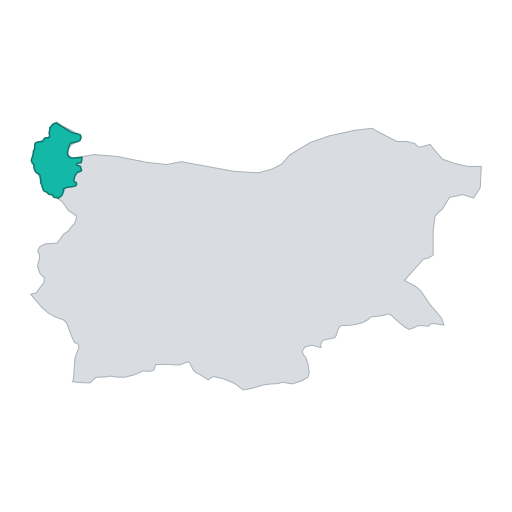 Vidin on a map of Bulgaria (Robinson projection)
{"feature_id": "BGR-2253", "entity_name": "Vidin", "entity_type": "Province", "adm_level": 1, "iso_a3": "BGR", "parent_name": "Bulgaria", "parent_adm1": "", "projection": "robinson", "projection_center": [22.659, 43.807], "detail": "fine", "context": "in_parent", "style": "filled", "palette": "teal", "viewbox_px": 512, "rotation_deg": 0, "n_neighbors": 0, "source": "natural_earth", "source_scale": "10m", "svg_char_len": 3638}
<svg xmlns="http://www.w3.org/2000/svg" viewBox="0 0 512 512"><path d="M443.9,325.0L434.0,323.5L430.6,324.0L428.5,326.2L423.9,325.7L418.2,325.7L412.3,328.3L409.1,329.4L404.7,327.0L396.3,320.0L391.3,315.2L387.6,313.9L383.9,315.4L370.7,317.0L367.6,319.9L361.6,323.0L355.4,324.5L346.6,325.6L342.0,325.4L339.4,326.9L337.3,331.5L335.9,336.0L334.6,337.8L323.6,340.0L321.3,342.6L320.6,345.1L320.9,347.6L312.1,345.2L305.3,346.8L303.7,348.8L302.3,351.5L303.2,354.5L305.7,357.3L308.2,365.1L309.2,372.8L307.8,377.2L302.8,380.4L292.4,383.9L282.3,382.2L277.8,383.6L270.3,384.0L263.4,384.9L252.9,388.1L243.3,390.0L234.6,383.5L224.3,379.1L213.6,376.5L209.9,378.4L208.3,379.9L199.3,374.2L195.2,372.1L193.2,369.9L189.4,362.3L187.2,362.1L179.9,364.9L172.8,364.8L168.4,364.3L155.7,364.6L154.0,369.8L152.5,370.6L149.7,371.3L142.9,371.0L134.3,374.8L125.0,377.2L117.7,377.2L110.2,376.1L105.8,376.9L96.1,377.3L90.0,382.9L80.4,382.6L72.4,381.7L73.4,379.9L75.0,357.6L78.9,347.6L78.8,345.6L77.9,344.0L74.4,342.4L71.9,337.0L66.6,322.9L63.6,320.0L55.3,317.0L48.1,312.9L41.9,307.5L30.7,294.2L36.4,292.9L38.1,290.1L43.8,282.8L44.4,279.2L43.8,277.2L40.1,273.7L37.5,266.0L39.4,258.8L39.6,255.1L37.7,251.4L39.7,246.9L43.8,244.4L46.3,243.7L57.0,243.2L63.8,234.1L68.0,231.2L72.2,226.0L74.1,224.1L76.0,220.1L76.6,216.0L68.1,210.2L65.3,205.9L61.5,201.1L56.4,197.8L46.1,192.1L42.1,186.4L40.3,178.9L37.6,173.2L34.6,169.6L34.0,166.6L32.8,162.9L32.5,155.7L34.9,146.0L36.5,142.6L39.9,141.7L49.2,136.6L49.6,130.0L51.3,125.9L54.2,123.6L56.9,122.0L62.0,125.8L74.3,131.9L80.2,136.3L80.0,139.1L77.1,141.8L71.8,144.5L68.7,148.0L67.9,152.3L68.7,155.4L72.4,158.1L94.4,154.6L116.8,156.4L146.8,162.4L166.7,164.5L181.4,161.7L208.7,166.7L234.1,171.4L258.5,172.8L272.1,169.1L281.6,164.2L289.7,154.9L309.9,142.7L329.5,135.8L355.2,130.2L372.4,128.3L374.9,130.2L397.0,141.5L406.8,141.5L414.8,143.5L417.7,146.5L419.7,147.2L430.2,144.4L435.0,150.6L442.5,159.2L455.0,163.6L466.1,166.1L469.6,166.5L481.3,166.4L480.2,187.9L473.5,198.0L462.8,194.6L449.5,197.4L442.6,208.8L438.7,212.2L435.1,216.1L433.1,230.9L433.1,255.2L428.1,258.1L423.4,259.1L404.4,280.4L415.7,286.4L420.8,291.0L429.4,303.7L441.5,318.0L443.9,325.0Z" fill="#d9dde1" stroke="#a8b0b8" stroke-width="1"/><path d="M47.6,137.8L48.9,137.6L49.7,136.2L49.7,135.4L49.2,133.5L49.2,132.7L49.3,131.6L50.1,129.0L49.8,128.7L49.7,128.2L49.8,127.7L50.0,127.6L51.2,126.4L52.3,124.8L52.9,124.2L56.0,122.9L71.4,132.3L74.1,133.3L77.3,133.7L78.8,134.3L80.4,135.0L81.1,137.7L79.9,140.5L77.3,141.7L75.8,141.9L72.9,142.8L71.4,143.0L70.0,143.8L69.2,145.8L67.4,152.5L67.5,154.6L68.4,156.2L70.2,157.7L72.4,158.1L82.0,157.4L81.7,160.6L81.1,162.7L79.3,163.1L77.6,163.0L76.4,164.3L77.5,165.5L79.0,165.8L80.4,166.4L80.8,168.2L81.6,170.0L80.8,171.3L77.3,172.4L74.8,176.0L73.8,180.8L74.6,182.1L76.2,182.5L76.6,184.2L76.0,185.7L71.9,186.8L67.8,187.2L65.1,188.1L63.6,188.9L63.7,190.8L61.8,195.5L58.4,198.2L58.0,198.0L56.8,197.5L56.1,197.5L54.7,197.5L54.0,197.3L53.6,196.9L53.5,196.7L52.6,195.2L52.1,194.6L51.4,194.5L49.9,194.5L49.1,194.4L48.4,193.9L47.4,192.7L46.9,192.2L44.5,191.2L43.5,190.4L42.8,188.6L41.5,184.4L40.6,182.8L40.5,182.3L40.6,181.9L40.8,181.4L40.9,181.2L40.9,180.7L40.6,180.2L40.5,179.9L40.6,179.6L40.8,179.2L40.3,177.9L40.2,175.9L39.7,174.7L39.0,174.1L36.8,173.0L35.9,172.2L35.3,171.3L34.7,170.2L34.3,169.0L33.9,167.9L33.9,167.1L34.2,165.6L34.1,164.9L32.2,162.9L31.3,160.5L31.7,158.5L32.6,156.5L33.3,153.7L33.4,151.1L33.7,150.6L34.4,149.4L34.6,149.0L34.7,147.6L34.8,145.0L34.9,143.9L35.8,142.7L37.4,142.1L39.7,141.7L40.8,141.6L42.4,141.5L43.3,140.6L43.8,139.3L44.6,138.2L46.1,137.7L47.6,137.8Z" fill="#14b8a6" stroke="#0f766e" stroke-width="1.5"/></svg>